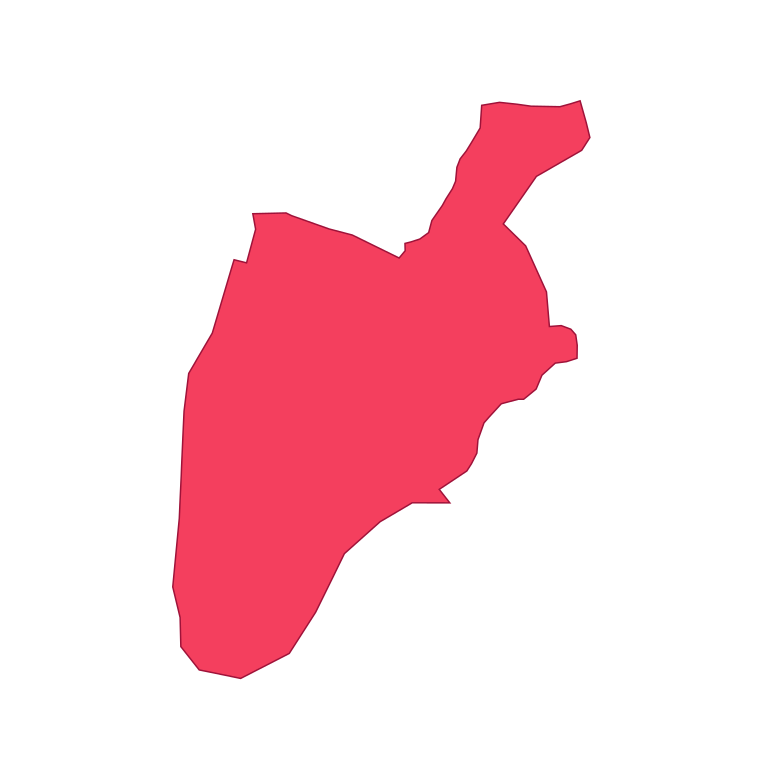 Aninri, Enugu, Nigeria (Mercator projection), rotated 71°
{"feature_id": "59680162B49286325204061", "entity_name": "Aninri", "entity_type": "district", "adm_level": 2, "iso_a3": "NGA", "parent_name": "Nigeria", "parent_adm1": "Enugu", "projection": "mercator", "projection_center": [7.587, 6.053], "detail": "fine", "context": "isolated", "style": "filled", "palette": "rose", "viewbox_px": 768, "rotation_deg": 71, "n_neighbors": 0, "source": "geoboundaries", "source_scale": "gbopen_adm2", "svg_char_len": 1298}
<svg xmlns="http://www.w3.org/2000/svg" viewBox="0 0 768 768"><g transform="rotate(71 384 384)"><path d="M227.4,121.0L223.8,116.4L222.9,115.3L218.0,109.1L202.8,107.7L180.1,106.4L179.8,116.6L179.1,127.4L169.2,154.5L162.8,167.1L155.3,183.1L152.3,200.9L173.2,209.7L184.1,222.6L190.5,230.4L195.9,238.7L199.5,241.7L202.8,244.5L215.6,250.3L221.6,255.7L229.1,265.1L234.1,270.6L245.0,285.5L255.4,292.5L258.6,303.0L258.4,312.5L257.9,318.4L264.9,320.6L269.8,328.7L232.8,365.5L219.5,385.5L194.8,416.5L190.4,420.9L180.3,452.6L195.9,455.0L224.7,474.5L217.7,485.3L224.5,490.2L259.0,514.8L280.0,529.8L289.6,541.0L300.6,553.8L302.8,556.3L306.3,560.4L310.4,565.2L344.6,581.9L366.8,590.7L396.5,602.4L404.0,605.3L430.7,615.9L444.4,621.3L507.1,649.8L538.4,652.8L566.2,661.6L594.2,651.8L599.6,642.6L615.7,615.4L607.9,561.3L577.5,522.9L550.2,495.4L531.5,476.7L512.9,432.4L509.1,413.6L505.5,396.0L517.8,360.5L501.6,366.1L493.2,334.0L487.9,327.3L479.6,318.7L474.4,316.4L467.3,313.3L453.3,302.1L450.1,296.5L449.9,296.2L441.0,279.8L440.9,279.1L442.1,262.1L443.9,256.9L438.3,241.8L427.1,231.8L420.0,215.3L422.3,204.2L422.5,193.1L410.3,188.7L399.9,186.7L393.0,189.5L386.5,197.4L383.5,208.9L383.1,208.8L349.8,200.4L299.5,205.1L271.5,219.1L237.3,172.3L227.4,121.0Z" fill="#f43f5e" stroke="#9f1239" stroke-width="1.5"/></g></svg>